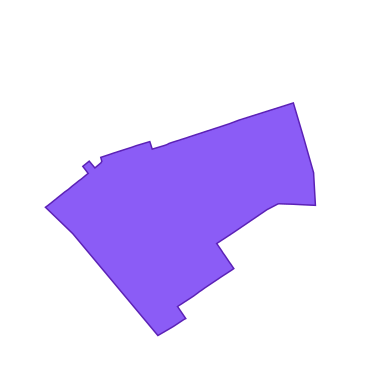 Al-Munakh, Bur Sa`id, Egypt (Albers equal-area conic projection), rotated 219°
{"feature_id": "37247803B61340660401138", "entity_name": "Al-Munakh", "entity_type": "district", "adm_level": 2, "iso_a3": "EGY", "parent_name": "Egypt", "parent_adm1": "Bur Sa`id", "projection": "albers", "projection_center": [32.286, 31.265], "detail": "fine", "context": "isolated", "style": "filled", "palette": "violet", "viewbox_px": 384, "rotation_deg": 219, "n_neighbors": 0, "source": "geoboundaries", "source_scale": "gbopen_adm2", "svg_char_len": 1106}
<svg xmlns="http://www.w3.org/2000/svg" viewBox="0 0 384 384"><g transform="rotate(219 192 192)"><path d="M296.3,87.9L285.8,87.0L258.5,84.6L128.2,59.0L121.8,75.9L118.1,87.7L117.7,88.7L117.2,89.7L131.2,93.9L125.3,112.1L123.7,118.3L123.6,118.9L123.4,119.6L122.7,121.7L121.7,125.5L115.7,145.0L111.8,157.0L111.3,158.8L113.4,159.4L116.3,160.3L118.6,160.9L122.8,162.2L127.1,163.5L129.4,164.1L132.0,165.0L138.7,167.0L139.5,167.3L140.4,167.5L134.2,186.9L122.6,225.5L121.1,228.9L118.6,234.7L117.8,236.6L117.4,237.1L117.0,237.6L111.8,241.5L106.7,245.4L99.0,251.0L87.7,259.3L108.3,282.0L108.9,282.7L109.5,283.4L140.2,305.0L169.3,325.0L200.7,277.5L206.2,268.1L228.8,233.2L229.4,232.2L230.0,231.2L238.9,217.7L240.5,215.1L240.9,214.0L241.0,213.8L241.4,212.9L242.9,210.5L249.9,200.3L256.5,204.6L264.5,192.9L267.0,188.8L277.0,173.6L280.0,168.8L284.7,161.5L281.4,159.1L281.3,158.3L281.1,157.5L281.6,154.8L282.6,149.6L291.3,151.3L293.0,143.2L284.4,141.1L285.1,137.9L286.2,132.3L287.0,129.5L287.7,126.1L288.8,121.3L289.8,115.9L290.9,112.1L295.5,90.9L296.3,87.9Z" fill="#8b5cf6" stroke="#5b21b6" stroke-width="1.5"/></g></svg>